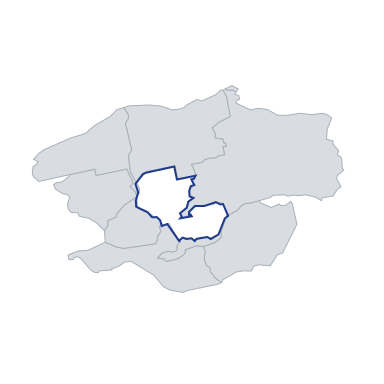 Zambia highlighted, Equal Earth projection, rotated 79°
{"feature_id": "ZMB", "entity_name": "Zambia", "entity_type": "country or territory", "adm_level": 0, "iso_a3": "ZMB", "parent_name": "Africa", "parent_adm1": "", "projection": "equal_earth", "projection_center": [28.807, -13.118], "detail": "coarse", "context": "with_neighbors", "style": "outline", "palette": "blue", "viewbox_px": 384, "rotation_deg": 79, "n_neighbors": 8, "source": "natural_earth", "source_scale": "50m", "svg_char_len": 5314}
<svg xmlns="http://www.w3.org/2000/svg" viewBox="0 0 384 384"><g transform="rotate(79 192 192)"><path d="M243.7,95.2L269.3,114.8L269.7,120.1L279.4,129.2L276.2,140.4L276.6,145.5L280.9,148.9L279.2,156.7L279.0,163.8L284.0,178.4L286.5,180.4L281.0,185.6L273.7,189.1L269.7,188.9L267.2,191.7L260.8,193.0L252.8,190.5L247.7,191.2L245.9,178.9L242.3,172.2L235.8,170.5L222.2,162.5L218.6,151.0L214.7,145.9L213.3,140.7L214.0,135.9L212.8,127.6L215.6,127.1L222.3,117.2L220.4,108.6L222.4,107.4L222.8,102.1L220.1,96.9L222.5,95.8L243.7,95.2Z" fill="#d9dde1" stroke="#a8b0b8" stroke-width="1"/><path d="M212.4,116.6L214.0,135.9L213.3,140.7L214.7,145.9L218.6,151.0L222.2,162.5L219.5,161.5L208.7,164.2L206.8,169.9L208.3,173.9L206.3,193.7L212.8,198.8L214.6,197.2L215.1,206.9L210.0,206.8L204.8,198.0L199.7,196.7L198.2,192.0L194.1,194.9L188.7,193.6L186.5,189.5L179.1,188.9L178.7,186.1L173.3,185.3L164.6,187.3L164.9,176.5L162.6,173.2L162.1,167.6L163.0,162.2L161.6,158.7L161.5,152.9L153.3,153.0L153.9,149.8L150.4,149.8L150.1,151.4L145.9,151.7L143.3,159.3L139.5,158.0L132.9,160.0L128.7,152.3L125.0,140.1L105.0,140.0L98.0,142.1L97.0,139.3L98.7,138.4L99.9,132.0L102.4,130.1L104.2,131.1L106.5,127.6L110.1,127.7L110.6,130.2L113.1,131.9L122.7,118.8L122.4,111.3L125.3,102.5L132.8,93.4L133.6,90.5L134.9,84.0L135.4,70.7L138.8,60.2L139.8,48.3L142.5,43.7L146.1,40.8L155.9,47.2L165.9,49.9L168.9,43.7L172.0,44.6L179.5,40.1L182.2,42.0L184.3,41.7L185.4,39.5L187.9,38.7L197.3,39.9L199.5,38.9L203.6,46.4L206.6,47.5L215.3,44.7L216.9,48.6L222.9,54.6L222.5,65.3L225.2,66.5L220.4,72.1L216.4,81.1L216.0,88.5L214.5,91.9L214.4,98.8L212.5,101.3L210.7,112.5L212.4,116.6Z" fill="#d9dde1" stroke="#a8b0b8" stroke-width="1"/><path d="M224.7,286.7L213.3,285.3L209.1,281.3L204.0,280.0L202.1,271.3L199.3,270.4L191.8,260.7L185.8,246.9L197.5,248.7L206.9,235.6L209.3,234.9L210.1,231.8L213.9,228.3L218.9,227.0L219.4,230.4L224.9,230.2L229.4,234.3L232.5,234.9L236.0,237.8L234.5,269.6L231.7,276.8L224.7,286.7Z" fill="#d9dde1" stroke="#a8b0b8" stroke-width="1"/><path d="M213.3,285.3L204.0,291.7L198.2,298.3L194.2,307.3L190.7,308.0L188.9,314.8L184.8,316.8L179.6,316.4L173.7,312.9L170.6,314.9L169.1,319.1L163.0,325.5L158.4,326.4L156.9,323.4L157.4,318.1L153.3,309.9L151.6,308.6L151.0,283.2L157.4,282.9L157.0,251.5L172.1,248.1L174.7,251.7L178.9,248.2L185.8,246.9L191.8,260.7L199.3,270.4L202.1,271.3L204.0,280.0L209.1,281.3L213.3,285.3Z" fill="#d9dde1" stroke="#a8b0b8" stroke-width="1"/><path d="M151.0,283.2L152.4,340.3L146.9,344.7L143.5,345.3L136.5,343.1L135.3,339.4L132.7,337.1L129.8,341.3L124.8,334.9L122.1,328.6L115.8,300.7L114.2,285.5L107.9,274.6L102.5,258.5L96.8,249.8L96.2,243.0L103.2,239.8L107.5,240.1L111.6,244.1L139.4,243.1L144.1,247.4L160.1,248.6L177.6,243.0L181.9,243.5L184.5,245.5L174.7,251.7L172.1,248.1L157.0,251.5L157.4,282.9L151.0,283.2Z" fill="#d9dde1" stroke="#a8b0b8" stroke-width="1"/><path d="M235.8,170.5L242.3,172.2L245.9,178.9L247.7,191.2L245.8,198.1L247.6,209.8L249.9,209.6L252.3,212.5L255.0,219.0L255.4,230.5L252.5,232.4L250.4,238.6L246.2,233.1L245.7,226.8L247.2,222.6L246.8,219.0L244.2,216.8L242.4,217.6L235.1,210.9L237.2,202.6L239.3,199.5L238.0,192.0L240.6,182.2L238.9,174.6L235.8,170.5Z" fill="#d9dde1" stroke="#a8b0b8" stroke-width="1"/><path d="M247.7,191.2L252.8,190.5L260.8,193.0L267.2,191.7L269.7,188.9L273.7,189.1L281.0,185.6L286.5,180.4L287.5,184.4L287.8,215.3L288.9,219.7L284.1,232.3L279.7,237.9L266.1,245.6L248.5,265.0L247.9,271.3L250.9,278.0L252.1,285.7L253.3,285.3L251.8,297.9L253.3,299.4L252.3,303.0L249.5,306.1L236.3,313.7L233.5,316.9L234.0,320.5L235.6,321.1L235.0,325.6L230.1,325.6L228.2,314.8L229.4,305.2L224.7,286.7L231.7,276.8L234.5,269.6L236.0,237.8L232.5,234.9L229.4,234.3L224.9,230.2L219.4,230.4L218.3,220.7L238.6,213.3L242.4,217.6L244.2,216.8L246.8,219.0L247.2,222.6L245.7,226.8L246.2,233.1L250.4,238.6L252.5,232.4L255.4,230.5L255.0,219.0L252.3,212.5L249.9,209.6L247.6,209.8L245.8,198.1L247.7,191.2Z" fill="#d9dde1" stroke="#a8b0b8" stroke-width="1"/><path d="M102.4,130.1L99.9,132.0L98.7,138.4L97.0,139.3L95.1,132.5L99.8,127.0L102.4,130.1ZM98.0,142.1L105.0,140.0L125.0,140.1L128.7,152.3L132.9,160.0L139.5,158.0L143.3,159.3L145.9,151.7L150.1,151.4L150.4,149.8L153.9,149.8L153.3,153.0L161.5,152.9L161.6,158.7L163.0,162.2L162.1,167.6L162.6,173.2L164.9,176.5L164.6,187.3L173.3,185.3L176.4,185.9L177.1,188.7L176.3,193.0L177.5,197.3L176.6,200.6L177.2,203.7L163.2,203.6L163.2,232.1L172.2,245.0L160.1,248.6L144.1,247.4L139.4,243.1L111.6,244.1L107.5,240.1L103.2,239.8L96.2,243.0L95.4,237.4L98.4,217.6L101.8,205.8L107.6,195.9L108.2,189.2L107.7,184.1L105.7,180.9L102.1,170.0L104.4,164.5L100.8,149.6L97.3,143.9L98.0,142.1Z" fill="#d9dde1" stroke="#a8b0b8" stroke-width="1"/><path d="M219.7,228.2L213.7,228.7L209.9,231.3L209.4,235.2L208.9,236.2L203.4,239.4L195.8,249.6L189.7,248.8L182.2,244.9L173.3,246.0L165.0,236.8L164.3,233.8L163.6,204.6L176.8,204.4L176.7,185.4L179.4,187.7L179.5,190.3L185.6,188.4L186.0,192.1L190.6,194.6L195.9,195.2L198.1,191.7L200.9,197.6L206.5,200.2L210.6,207.9L214.2,206.8L215.6,208.5L215.8,196.9L213.9,197.6L213.7,199.3L210.9,198.7L206.3,191.6L208.1,182.5L206.5,170.5L209.6,166.5L209.8,163.8L222.3,161.1L224.2,164.8L238.7,174.1L241.8,182.5L239.1,185.6L238.9,196.6L240.7,198.7L237.4,201.2L237.0,206.6L235.0,209.8L237.1,213.7L238.5,213.6L218.7,222.4L219.7,228.2Z" fill="none" stroke="#1e3a8a" stroke-width="2"/></g></svg>